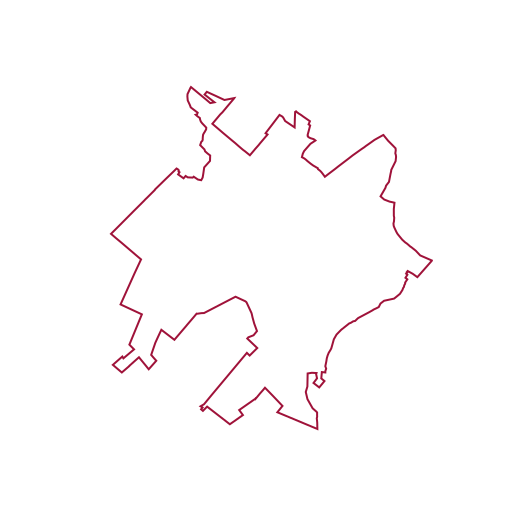 the district of Cacalchén, Yucatán, Mexico, rotated 304°
{"feature_id": "50627088B30008490692621", "entity_name": "Cacalchén", "entity_type": "district", "adm_level": 2, "iso_a3": "MEX", "parent_name": "Mexico", "parent_adm1": "Yucatán", "projection": "orthographic", "projection_center": [-89.242, 20.984], "detail": "fine", "context": "isolated", "style": "outline", "palette": "rose", "viewbox_px": 512, "rotation_deg": 304, "n_neighbors": 0, "source": "geoboundaries", "source_scale": "gbopen_adm2", "svg_char_len": 4572}
<svg xmlns="http://www.w3.org/2000/svg" viewBox="0 0 512 512"><g transform="rotate(304 256 256)"><path d="M85.7,198.2L84.5,208.9L84.4,209.9L93.9,212.5L94.1,212.4L106.6,215.6L105.4,219.5L103.5,225.9L102.1,230.4L113.4,231.9L114.4,228.0L115.4,224.4L125.8,221.6L127.6,221.1L131.7,220.4L136.7,219.6L141.9,218.8L141.8,220.3L140.9,235.2L152.4,236.5L159.4,237.3L159.7,237.3L170.2,238.5L175.0,239.0L175.1,239.3L175.3,239.6L178.1,242.7L178.2,242.8L179.6,244.8L210.8,261.8L211.9,268.7L212.5,272.4L212.4,273.6L212.2,274.2L206.3,284.0L205.4,285.1L203.2,287.4L199.0,292.3L194.3,298.8L188.9,298.3L184.3,295.1L182.7,294.9L180.4,308.5L169.9,306.4L170.6,302.6L115.4,296.9L104.0,295.8L100.4,294.1L100.5,296.4L98.2,296.2L97.9,298.6L103.8,299.7L101.9,328.4L116.8,334.1L118.9,328.2L136.6,335.0L137.2,335.3L137.3,335.3L137.2,335.5L141.1,335.9L144.3,336.2L148.8,336.8L151.8,337.1L150.9,341.5L149.5,348.2L146.5,361.8L139.6,361.2L138.4,361.1L146.9,403.6L151.3,400.5L152.4,399.7L155.5,397.1L156.9,396.6L158.0,395.8L160.4,394.2L160.7,393.4L161.4,388.1L166.1,378.7L171.1,373.3L176.5,371.6L187.5,364.5L190.4,367.6L192.8,371.6L191.7,371.9L188.7,375.0L182.9,374.7L182.4,381.9L190.6,382.7L191.0,378.6L196.6,375.5L198.2,378.6L199.5,377.8L201.8,377.2L203.4,375.1L207.8,373.3L210.8,371.9L213.6,371.0L216.5,370.4L219.4,370.3L221.4,370.1L223.6,369.4L230.5,367.1L235.9,366.7L238.7,367.2L242.5,367.9L249.1,370.0L252.3,371.0L253.5,371.9L254.8,372.5L256.2,373.1L257.6,374.5L260.5,375.1L261.7,375.4L272.8,381.3L276.6,383.2L277.1,383.3L280.1,385.1L282.3,386.3L286.2,385.8L290.5,387.2L297.9,394.3L300.1,395.0L305.1,396.5L309.7,396.4L311.7,395.9L313.2,395.9L314.5,395.3L316.5,395.1L317.4,394.5L321.3,394.5L321.5,392.1L325.1,392.0L325.3,390.4L326.8,390.6L326.9,390.0L328.4,390.1L328.7,393.8L328.8,395.0L328.9,395.6L328.7,401.6L333.3,402.2L350.3,404.4L350.6,404.3L348.3,391.8L349.7,385.6L349.8,384.6L350.2,379.4L350.1,378.8L350.5,375.9L350.7,374.0L350.7,372.1L351.3,368.1L352.9,362.7L353.6,360.6L354.7,358.5L357.0,354.7L358.0,353.3L359.8,351.8L361.9,351.0L365.0,349.2L366.4,347.8L372.0,344.0L377.6,341.0L376.7,338.6L375.8,336.4L374.5,330.7L375.1,325.9L384.8,325.2L387.1,324.5L391.8,324.8L399.3,321.6L401.9,320.6L403.0,320.0L412.7,318.7L416.5,316.7L418.0,315.4L418.9,314.2L420.0,313.6L421.7,312.8L423.3,311.5L424.0,308.2L425.4,301.1L427.3,294.8L427.6,294.0L427.6,293.9L421.3,290.7L419.9,290.0L418.5,289.3L415.8,288.3L410.5,286.3L409.0,285.7L406.6,284.9L404.4,284.0L402.6,283.3L393.5,279.9L387.7,278.0L376.5,274.2L372.1,272.8L363.9,270.0L360.2,268.8L361.4,265.5L362.1,263.3L362.5,261.5L362.7,258.8L363.4,258.0L363.2,256.7L363.2,255.7L363.0,252.9L363.1,249.7L363.5,245.1L363.7,244.1L363.9,241.6L363.6,238.8L367.0,237.6L369.9,237.2L379.5,238.4L384.7,240.6L385.0,240.7L385.1,239.6L385.1,238.4L384.5,236.5L384.2,235.5L384.0,234.3L383.9,233.1L384.1,232.1L384.5,232.0L385.0,231.2L387.0,230.5L394.5,227.9L394.5,226.0L397.9,225.3L398.0,217.1L398.1,215.0L398.1,213.6L398.0,211.8L398.1,210.3L398.1,209.3L398.3,208.3L397.6,208.1L397.3,207.9L391.3,211.6L384.2,216.1L384.2,215.9L384.2,206.1L384.2,204.7L386.0,201.1L386.3,199.8L386.1,196.6L373.6,195.9L370.4,195.7L363.5,195.3L363.1,195.3L363.2,197.6L361.8,197.5L361.2,197.4L351.3,196.3L349.7,196.2L343.7,195.4L343.3,195.4L336.1,194.6L336.7,187.7L336.7,186.5L336.9,184.4L337.4,180.1L338.0,175.5L338.4,171.3L339.6,159.7L340.2,154.7L341.2,145.9L353.5,147.2L356.3,147.8L363.3,148.5L374.4,149.7L374.7,149.7L374.8,149.7L367.7,142.6L366.2,133.0L364.6,123.4L361.1,123.1L360.2,135.6L357.2,132.6L357.8,127.1L358.2,123.0L359.7,107.6L358.9,107.6L351.9,108.7L349.9,109.9L346.8,112.4L344.4,116.4L342.9,118.6L342.7,118.8L342.2,127.5L340.6,127.9L340.0,127.6L339.4,127.1L339.1,129.2L339.0,131.3L339.0,132.3L337.9,133.3L336.6,135.1L336.2,136.3L335.9,137.2L335.1,140.9L334.6,143.0L333.0,143.9L332.1,143.9L330.0,144.1L328.7,144.1L327.0,144.3L325.2,145.2L323.3,146.3L322.6,146.8L322.2,146.9L321.6,147.1L320.0,146.8L317.8,147.4L316.7,147.7L315.5,153.7L314.3,155.3L314.1,157.0L313.9,158.4L313.7,161.8L309.1,164.7L300.5,163.5L294.3,166.5L291.2,167.9L288.2,168.2L286.9,165.1L286.9,160.0L285.6,159.7L283.0,155.4L283.0,152.9L279.9,152.5L280.1,145.8L282.7,145.7L282.8,144.5L283.9,144.0L284.2,142.6L284.1,141.2L281.0,140.6L269.3,138.1L254.8,135.1L254.3,135.1L254.2,135.2L248.0,134.0L243.4,133.1L241.1,132.6L239.2,132.3L231.0,130.7L224.9,129.5L200.3,124.8L193.3,123.4L192.5,130.1L191.8,137.0L189.8,154.5L189.7,155.3L189.1,160.8L188.9,162.6L173.7,165.0L162.7,166.9L140.1,170.8L143.8,194.0L135.5,195.7L111.7,200.6L110.4,207.1L97.0,203.3L97.9,201.4L85.7,198.2Z" fill="none" stroke="#9f1239" stroke-width="2"/></g></svg>